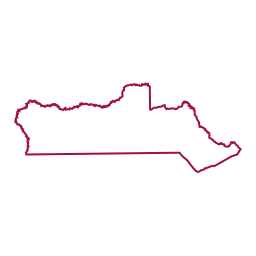 the district of Malai, Bântéay Méanchey, Cambodia
{"feature_id": "14789045B32583136425943", "entity_name": "Malai", "entity_type": "district", "adm_level": 2, "iso_a3": "KHM", "parent_name": "Cambodia", "parent_adm1": "Bântéay Méanchey", "projection": "natural_earth1", "projection_center": [102.55, 13.526], "detail": "fine", "context": "isolated", "style": "outline", "palette": "rose", "viewbox_px": 256, "rotation_deg": 0, "n_neighbors": 0, "source": "geoboundaries", "source_scale": "gbopen_adm2", "svg_char_len": 5823}
<svg xmlns="http://www.w3.org/2000/svg" viewBox="0 0 256 256"><path d="M237.1,154.5L240.6,149.1L238.3,147.2L237.9,146.1L236.0,144.7L234.3,142.2L232.8,143.0L232.3,142.1L231.4,142.1L231.0,142.6L230.4,144.5L229.7,145.0L228.9,146.4L227.5,146.4L227.0,146.8L224.9,146.2L224.2,145.5L224.4,144.5L222.6,144.1L222.2,144.2L221.3,143.2L220.9,143.6L220.5,143.2L220.0,143.4L219.5,144.3L219.0,144.4L218.0,144.0L217.5,143.5L216.1,142.9L214.8,141.6L214.1,141.5L213.0,140.0L212.3,139.7L211.6,138.9L209.3,137.8L209.3,135.7L209.6,135.0L209.4,134.6L209.3,133.2L208.8,133.0L208.2,132.3L207.4,132.6L207.2,132.4L206.9,131.3L206.4,130.7L205.4,130.4L205.1,130.1L205.2,129.1L204.8,129.1L204.2,128.7L203.9,128.1L202.7,127.6L202.4,127.1L200.6,126.7L199.9,127.1L199.4,126.7L199.6,125.2L199.1,124.4L198.8,123.4L198.9,122.8L199.1,122.7L198.6,121.5L197.5,120.0L196.9,118.6L196.5,118.2L196.6,116.9L194.7,114.8L194.7,111.0L194.5,110.6L193.8,110.1L193.8,109.5L194.1,108.9L193.4,108.9L193.2,108.7L193.3,108.2L192.8,107.7L192.0,107.9L191.7,107.0L191.3,107.2L191.5,107.6L191.3,108.2L190.8,108.3L190.5,108.1L190.8,107.2L190.6,106.0L190.1,105.8L189.7,105.3L189.3,106.1L188.8,106.2L188.6,105.9L188.9,104.7L189.2,104.5L189.3,104.1L188.8,103.6L188.2,103.6L187.7,102.5L187.0,102.1L186.6,102.6L185.5,101.7L184.6,101.6L184.5,102.5L184.1,102.9L183.5,102.2L183.1,102.6L182.5,103.9L182.3,104.8L182.5,105.1L181.8,106.4L180.6,106.8L178.7,106.7L177.8,108.2L175.8,109.2L175.2,109.2L174.9,108.7L173.3,108.4L169.9,108.7L169.5,108.9L168.1,108.8L167.6,108.5L166.7,109.1L166.3,109.1L165.1,107.3L164.9,106.6L164.9,105.4L164.2,105.1L161.1,106.7L158.2,106.9L156.6,107.8L154.2,107.6L151.4,109.5L150.1,109.5L149.8,86.9L149.6,86.8L149.4,86.2L148.6,85.7L148.0,85.7L148.0,84.1L147.1,84.5L147.0,84.1L146.6,84.3L145.9,84.1L145.5,84.6L145.1,84.6L145.0,84.1L144.7,84.5L143.9,84.8L142.8,84.2L142.0,84.2L142.1,85.1L141.0,85.9L139.7,85.7L139.3,85.1L139.0,85.0L138.0,85.3L136.8,84.7L136.6,85.1L135.2,85.1L135.0,84.4L134.5,84.2L132.6,84.7L132.1,85.3L131.0,84.5L129.0,85.3L126.9,85.5L126.2,85.9L125.7,86.6L124.7,86.8L124.1,87.3L123.8,88.1L124.1,89.2L124.0,90.3L122.9,90.8L122.1,93.3L122.5,94.5L122.4,94.7L122.5,96.3L121.4,97.3L120.5,97.6L120.4,97.9L119.8,97.9L119.2,99.5L119.2,99.8L118.7,100.2L117.7,99.8L117.3,100.1L116.3,100.2L115.4,100.9L115.2,101.6L114.8,101.9L114.5,101.9L114.0,101.3L113.7,101.4L113.7,101.1L113.1,100.8L111.8,102.2L111.6,101.8L111.0,101.8L111.1,102.5L110.6,103.3L108.8,104.8L109.3,105.2L109.1,105.4L108.2,105.6L107.8,106.2L107.0,105.9L106.7,106.5L106.2,106.1L106.0,106.5L105.7,106.4L105.3,106.8L105.1,106.6L104.9,107.0L104.6,107.0L104.4,106.6L104.0,106.8L103.7,106.6L103.6,106.1L103.3,106.2L103.2,106.5L103.4,106.9L102.9,107.6L102.6,107.6L102.4,106.8L101.6,107.4L100.4,106.2L99.3,106.2L99.4,105.7L98.4,105.9L96.7,105.2L96.5,105.3L95.6,105.0L95.7,105.6L95.2,106.0L95.1,105.7L94.3,105.2L93.9,105.2L94.1,105.6L93.7,105.6L92.8,104.8L91.0,104.1L90.5,104.1L90.0,104.7L89.2,105.0L88.3,104.7L88.0,104.3L87.2,104.2L86.9,103.8L86.2,103.6L85.3,104.0L84.8,103.8L83.4,104.3L83.1,104.2L82.9,103.7L82.3,103.6L82.2,103.8L81.7,103.3L81.3,104.3L80.8,103.9L80.3,103.9L80.4,104.6L79.7,105.9L79.4,106.0L79.2,105.7L78.5,106.4L78.2,106.4L77.9,107.4L77.0,107.0L77.1,106.6L77.0,106.2L75.6,107.1L75.1,106.9L74.5,107.2L74.0,106.8L73.7,107.7L73.0,108.0L72.2,108.9L71.4,108.5L70.4,108.6L69.8,108.3L69.5,109.1L69.2,108.9L68.5,109.4L67.6,109.4L66.4,109.1L65.7,109.6L65.5,109.2L65.6,108.2L65.4,107.9L64.9,108.5L64.4,108.5L64.0,109.5L63.4,109.6L63.0,110.1L61.9,109.4L61.0,109.1L60.7,109.3L60.1,108.7L59.5,108.9L59.2,108.0L58.5,107.3L58.8,107.0L58.3,106.8L58.3,106.5L57.6,106.5L57.7,105.8L56.8,105.6L57.0,105.1L56.6,104.8L55.9,104.9L54.9,104.0L53.7,104.1L53.5,104.3L53.7,104.7L52.3,104.2L52.1,104.4L52.3,104.6L52.0,105.2L50.7,105.2L50.6,106.0L50.1,106.0L50.0,106.3L48.8,105.9L48.7,105.5L47.7,105.3L47.6,105.7L46.5,105.7L46.5,106.0L45.3,106.2L45.1,106.6L44.3,106.0L44.1,106.4L43.5,106.0L42.0,106.1L41.7,105.4L41.1,105.7L40.7,104.4L40.1,104.0L39.8,104.0L39.6,103.5L39.3,103.4L39.3,103.8L38.9,103.7L38.9,103.3L38.5,103.3L38.3,103.5L37.5,103.6L36.8,102.8L36.8,102.2L36.5,102.2L36.1,101.8L35.7,102.1L35.4,101.1L34.3,100.6L34.1,100.7L33.7,101.5L33.2,101.9L32.2,101.9L32.4,101.5L32.3,101.2L31.7,101.2L31.1,100.7L30.2,100.5L29.4,100.8L28.9,101.6L29.2,102.1L28.7,102.8L27.9,103.3L27.6,103.2L27.2,104.1L26.5,104.0L27.1,104.9L27.0,105.2L26.6,105.2L26.5,105.4L26.9,105.6L26.6,105.9L26.6,106.4L26.9,106.6L26.8,107.3L26.6,107.3L26.5,107.1L25.9,107.2L25.9,106.9L25.1,107.7L25.2,108.2L24.4,108.0L23.7,108.5L23.1,108.4L21.1,109.4L20.8,109.3L20.4,109.6L19.3,109.7L19.3,110.3L19.0,110.3L19.1,110.7L18.2,110.1L18.1,111.3L17.3,111.8L17.3,112.6L17.7,112.5L17.7,112.9L17.0,113.7L17.0,114.0L17.7,114.2L17.5,114.5L17.1,115.4L16.8,115.2L16.6,115.4L17.0,116.0L16.9,117.2L17.2,117.4L16.6,117.9L16.0,118.0L16.1,118.4L15.4,120.2L15.6,120.4L15.9,120.3L16.0,120.9L15.5,121.3L15.4,121.9L16.2,122.0L16.2,122.7L16.6,123.2L16.9,123.3L17.5,124.5L17.9,124.5L18.1,124.2L18.8,124.4L19.7,125.3L19.9,125.2L20.5,126.0L21.1,126.1L21.3,126.7L21.1,127.3L21.2,127.6L21.6,127.6L21.5,128.4L21.8,129.1L22.7,128.9L22.9,129.2L22.6,130.0L23.1,130.7L23.1,131.6L24.0,131.9L25.0,133.6L25.9,134.2L26.1,134.9L26.7,135.5L26.7,136.0L26.1,136.3L26.7,136.9L27.1,137.9L27.4,137.9L27.7,137.6L28.2,138.2L28.6,138.2L28.8,139.1L28.7,139.5L28.1,139.3L27.5,140.5L27.5,141.7L28.2,142.2L28.2,142.6L28.2,143.3L27.8,143.3L27.9,144.1L27.6,145.6L28.6,146.3L28.3,147.1L27.5,148.0L27.8,148.9L27.6,150.4L26.9,150.5L26.7,151.6L25.9,152.8L26.3,153.5L26.3,154.5L179.6,152.7L181.0,154.7L182.6,156.4L187.6,160.7L190.8,165.1L194.1,169.1L196.8,171.6L197.8,171.9L199.6,171.4L201.2,170.2L202.6,170.0L204.0,169.3L204.7,168.8L205.0,168.2L206.2,168.3L207.5,167.5L209.1,167.2L209.8,166.7L211.2,166.2L213.2,165.8L214.4,166.1L231.6,156.3L237.1,154.5Z" fill="none" stroke="#9f1239" stroke-width="2"/></svg>